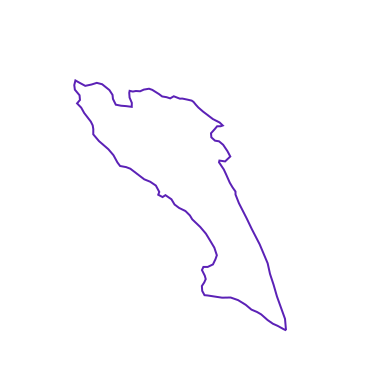 Ragunda, Jämtland, Sweden (Equal Earth projection), rotated 40°
{"feature_id": "70781695B27486788902069", "entity_name": "Ragunda", "entity_type": "district", "adm_level": 2, "iso_a3": "SWE", "parent_name": "Sweden", "parent_adm1": "Jämtland", "projection": "equal_earth", "projection_center": [16.011, 63.184], "detail": "fine", "context": "isolated", "style": "outline", "palette": "violet", "viewbox_px": 384, "rotation_deg": 40, "n_neighbors": 0, "source": "geoboundaries", "source_scale": "gbopen_adm2", "svg_char_len": 1701}
<svg xmlns="http://www.w3.org/2000/svg" viewBox="0 0 384 384"><g transform="rotate(40 192 192)"><path d="M79.2,154.6L80.2,156.4L83.5,159.8L88.6,162.4L91.1,165.5L86.4,168.5L82.2,171.5L77.5,174.1L71.6,171.5L68.7,168.7L63.2,167.0L53.9,167.2L48.9,169.6L45.9,174.3L42.0,179.3L35.7,180.6L31.0,181.5L33.1,185.8L36.5,188.9L43.7,190.2L47.0,193.5L47.0,198.0L52.9,198.6L58.7,200.8L69.2,203.1L73.1,204.8L76.0,207.3L79.3,211.3L88.0,212.8L100.5,213.0L108.2,214.3L115.9,217.3L120.2,218.3L125.5,215.3L129.8,213.8L147.2,213.0L153.4,211.0L160.2,210.3L166.9,213.0L167.9,215.8L172.7,214.8L173.7,211.5L180.9,210.8L186.7,212.8L192.4,212.5L199.2,210.8L205.4,211.3L209.8,212.8L220.8,213.5L229.5,215.0L236.3,217.3L244.9,220.3L251.7,224.5L253.2,228.5L254.6,234.0L252.2,239.3L248.9,242.1L249.8,245.4L255.6,247.9L258.5,249.9L259.5,253.4L260.0,257.7L263.4,261.2L267.9,263.0L270.5,261.2L277.6,256.9L283.0,253.6L289.4,248.0L296.8,245.2L305.7,243.9L313.1,243.9L319.0,242.1L323.6,241.3L332.3,241.5L338.7,240.9L343.6,239.5L350.3,238.2L353.0,237.5L352.9,237.5L344.8,229.4L324.2,217.4L314.1,210.6L304.4,204.6L295.8,198.0L277.5,188.6L261.5,181.9L250.9,177.1L235.1,170.4L227.0,166.0L225.0,163.7L220.1,162.4L215.0,160.6L206.8,156.6L201.9,154.3L193.6,151.9L192.8,150.3L197.7,147.3L198.0,144.5L198.5,140.2L192.8,137.9L185.5,135.8L180.1,135.8L176.6,137.9L171.7,137.7L168.8,134.8L169.0,129.1L169.0,125.5L171.7,123.2L172.8,121.3L168.5,121.0L161.2,122.7L148.7,123.3L142.6,123.2L138.9,122.7L135.2,122.0L133.0,122.2L129.1,124.2L124.6,126.6L122.7,128.3L116.5,130.4L115.1,134.3L111.6,135.7L107.7,138.0L103.8,138.2L95.9,139.3L92.7,140.5L89.3,144.5L87.5,148.2L84.1,150.7L82.1,153.1L79.2,154.6Z" fill="none" stroke="#5b21b6" stroke-width="2"/></g></svg>